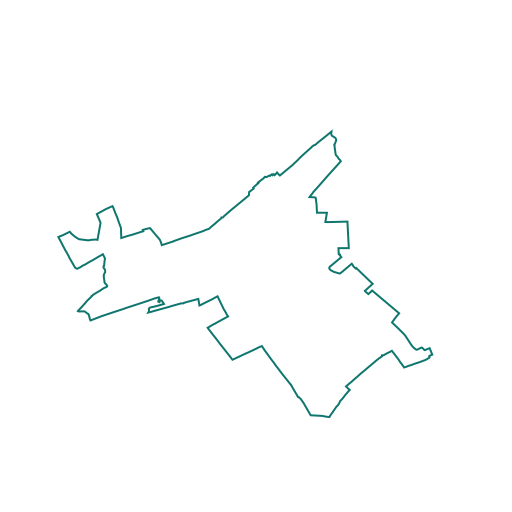 Negrasi, Arges, Romania, rotated 195°
{"feature_id": "2599482B82159527317545", "entity_name": "Negrasi", "entity_type": "district", "adm_level": 2, "iso_a3": "ROU", "parent_name": "Romania", "parent_adm1": "Arges", "projection": "equal_earth", "projection_center": [25.135, 44.592], "detail": "fine", "context": "isolated", "style": "outline", "palette": "teal", "viewbox_px": 512, "rotation_deg": 195, "n_neighbors": 0, "source": "geoboundaries", "source_scale": "gbopen_adm2", "svg_char_len": 5967}
<svg xmlns="http://www.w3.org/2000/svg" viewBox="0 0 512 512"><g transform="rotate(195 256 256)"><path d="M230.9,374.8L235.7,367.5L238.4,363.3L240.6,359.3L242.0,357.0L244.7,352.7L248.6,347.2L249.8,345.5L253.7,340.0L254.0,339.9L255.0,340.6L257.3,342.1L257.9,340.6L259.0,338.9L260.0,339.6L261.0,338.3L261.8,339.0L263.2,337.0L263.9,337.2L266.3,334.9L267.9,334.8L268.9,332.9L273.0,327.6L272.5,327.3L276.4,321.3L275.7,320.5L279.2,316.0L278.6,313.3L278.6,312.7L292.3,293.5L297.4,285.9L297.8,284.9L298.2,284.5L299.0,284.3L299.3,284.3L299.5,283.1L301.2,280.8L302.6,278.7L304.0,276.6L306.5,273.1L308.5,270.0L309.9,269.2L310.4,268.7L311.2,268.3L312.9,266.9L314.5,265.7L322.6,260.3L324.1,259.2L331.6,254.4L333.7,253.0L336.1,251.3L337.0,250.7L339.3,249.1L339.3,248.9L339.5,248.8L349.8,242.1L351.5,244.8L352.9,246.6L353.2,246.9L365.6,255.5L368.4,254.1L372.1,251.9L371.3,250.7L372.4,250.1L381.1,244.5L385.2,242.1L390.8,238.5L393.7,248.1L398.4,254.8L399.6,256.7L401.2,258.8L403.2,261.4L406.4,265.8L407.6,267.0L411.5,263.8L413.0,262.6L420.6,255.3L415.0,248.2L414.7,247.5L413.3,230.6L415.6,230.3L417.4,229.6L418.0,229.5L422.1,227.7L431.3,226.4L435.4,227.6L440.2,229.8L441.3,230.7L442.1,231.2L443.2,230.3L446.0,227.8L447.2,226.8L447.3,226.7L448.1,226.0L450.1,224.5L450.3,224.4L451.8,223.2L450.4,221.6L450.1,221.4L445.1,215.9L442.3,212.9L441.6,212.1L439.4,210.0L437.5,208.0L437.3,207.8L436.8,207.3L436.5,206.8L436.2,206.4L435.9,206.1L430.3,200.5L430.2,200.4L430.0,200.2L427.7,197.9L426.0,197.4L425.4,197.4L425.3,197.5L422.9,199.6L420.4,202.3L420.1,202.5L419.0,203.4L416.4,206.1L413.8,208.7L413.3,209.1L413.2,209.2L412.6,209.7L411.7,210.7L411.6,210.8L410.8,211.6L410.7,211.7L410.5,211.9L407.8,214.7L406.3,216.1L404.4,218.1L401.4,214.8L401.2,214.0L401.0,213.2L401.1,212.4L400.8,211.3L400.6,209.4L400.5,208.8L400.3,208.0L400.2,207.4L400.5,207.0L400.6,206.7L400.2,205.8L400.2,205.7L400.3,205.5L400.3,205.3L398.3,203.7L398.2,203.5L398.0,203.0L397.6,201.7L397.5,201.3L397.6,200.9L397.8,200.2L398.0,199.8L398.0,197.4L397.9,197.2L397.2,195.5L397.2,195.4L396.5,193.8L395.3,191.0L395.1,190.8L393.2,189.7L392.3,189.0L392.0,188.6L391.9,188.2L392.4,187.4L393.1,186.8L394.0,186.2L395.3,184.9L396.3,183.8L397.6,182.2L398.2,181.6L398.6,181.2L399.3,180.6L399.6,180.2L400.8,179.0L401.3,178.5L401.5,178.3L402.0,177.8L402.3,177.5L403.2,176.4L403.8,175.6L403.7,175.6L404.3,174.7L404.2,174.5L405.4,172.6L407.7,168.7L408.4,167.3L408.8,166.0L409.2,165.6L410.8,162.3L411.8,160.5L413.7,157.0L413.8,156.7L413.2,156.6L412.6,156.6L412.0,156.8L411.3,157.0L410.5,157.3L409.4,157.5L408.1,158.0L407.0,158.1L405.9,157.6L405.2,157.3L404.5,157.0L403.9,156.8L403.1,156.7L402.4,156.1L402.1,155.3L401.5,154.6L400.8,153.3L400.5,152.7L399.9,151.7L399.6,151.3L399.2,150.9L389.3,158.1L378.1,165.5L370.4,170.5L369.9,170.9L367.7,172.4L358.0,178.7L349.0,184.6L344.9,187.4L343.8,188.2L343.4,188.5L339.1,191.0L338.5,190.4L338.4,190.2L338.6,186.7L337.3,186.5L337.2,188.5L335.5,188.5L333.8,187.1L332.5,185.8L339.6,181.6L345.0,178.8L345.8,177.7L345.8,177.1L345.4,176.3L345.2,175.2L345.2,174.3L345.4,173.5L344.9,173.8L343.1,174.8L341.0,176.0L338.9,177.3L327.3,184.1L322.8,186.9L315.8,191.0L314.9,191.1L314.4,191.2L313.5,191.9L313.5,192.1L309.3,194.6L300.6,199.6L298.2,194.4L297.8,193.5L297.6,193.6L292.3,198.4L286.7,203.2L286.1,203.9L285.1,204.9L282.7,207.1L277.8,201.4L273.4,196.3L271.4,194.4L269.9,192.8L268.6,191.5L267.3,190.4L272.3,185.7L277.8,180.4L278.0,180.1L279.2,179.1L280.2,178.2L282.6,175.7L284.1,174.2L283.1,173.3L278.4,169.7L272.1,165.0L268.0,161.8L256.6,153.3L251.9,149.7L251.4,150.1L250.4,150.9L249.6,151.6L248.7,152.4L247.4,153.5L245.2,155.3L243.4,156.9L242.5,157.6L241.7,158.3L239.9,159.8L238.8,160.6L232.3,166.1L231.0,167.3L230.5,167.7L229.2,168.9L227.0,170.5L222.8,166.8L213.9,159.6L210.7,157.2L208.7,155.4L206.5,153.8L202.3,150.5L199.3,148.2L191.5,142.5L189.2,140.7L189.1,140.8L188.0,139.7L183.7,135.4L181.2,133.0L178.8,130.6L178.4,130.8L177.3,130.3L176.0,129.6L172.5,126.8L162.0,116.3L150.6,118.7L147.3,118.9L143.4,119.4L143.1,120.8L141.7,124.5L139.2,131.6L138.6,132.3L137.5,135.2L137.3,137.4L135.6,140.5L133.9,144.6L131.7,149.3L130.8,150.8L135.3,153.3L132.9,156.9L132.0,158.0L128.8,162.9L127.0,165.5L124.0,170.1L121.9,173.0L116.7,180.5L114.0,184.3L113.2,185.6L112.0,187.2L110.8,188.8L108.3,191.7L108.3,192.0L108.7,192.6L108.6,192.8L107.8,192.9L107.1,193.1L104.6,195.6L101.2,198.6L100.2,199.6L94.9,195.5L91.4,192.8L89.4,190.9L88.1,190.0L84.1,186.7L83.9,186.9L83.6,187.0L82.0,188.0L80.5,189.2L78.1,190.7L73.2,194.1L72.1,194.7L68.4,197.3L67.4,198.1L66.7,198.5L66.4,198.7L65.6,199.3L64.6,200.2L62.2,202.7L62.2,203.2L62.8,204.0L62.1,204.9L60.2,206.3L64.4,211.9L68.4,208.9L68.7,208.7L69.2,208.9L70.8,209.9L71.8,210.4L72.5,210.4L75.4,207.8L76.6,207.0L77.2,207.1L78.0,207.4L79.4,208.0L81.1,208.9L82.7,210.1L84.7,211.9L90.2,216.8L91.6,218.0L92.6,218.7L95.4,220.3L99.9,222.9L107.4,227.0L106.1,230.5L104.9,233.5L102.9,237.7L134.9,252.7L137.6,248.3L141.0,249.9L141.8,250.5L136.1,259.3L156.0,270.3L156.3,269.7L159.0,271.0L159.4,271.4L160.3,272.4L161.5,273.3L168.9,262.7L170.5,260.7L176.4,260.8L180.1,261.6L181.7,262.6L182.0,262.9L182.2,264.0L181.8,264.9L173.4,276.8L174.0,277.2L174.1,277.4L173.9,277.5L174.9,278.3L175.3,279.1L175.6,279.2L175.8,279.0L176.0,278.9L176.5,279.1L178.4,284.9L168.4,287.6L176.6,312.9L190.7,308.7L194.9,307.5L197.8,306.8L198.7,316.1L208.3,313.6L210.9,321.6L213.5,327.8L214.6,327.8L219.5,326.8L218.6,329.2L218.4,329.4L217.6,331.3L217.3,332.4L213.9,339.0L207.3,352.4L198.6,369.4L199.8,370.6L201.3,371.3L202.0,372.0L202.4,372.5L202.9,372.9L203.9,373.5L205.0,374.2L205.8,375.7L206.8,378.2L207.1,378.7L207.3,379.3L207.5,379.9L207.8,380.3L208.0,381.0L208.4,381.9L208.5,382.6L209.2,383.7L209.2,384.1L208.7,385.0L208.7,386.6L208.5,388.0L208.5,388.5L208.8,389.3L209.2,389.9L210.2,390.7L210.8,391.0L211.5,391.1L213.4,391.7L213.9,391.9L214.4,392.5L215.0,393.5L215.2,395.1L215.3,395.7L219.4,390.0L224.9,382.6L227.6,378.6L228.7,378.0L230.2,376.1L230.9,374.8Z" fill="none" stroke="#0f766e" stroke-width="2"/></g></svg>